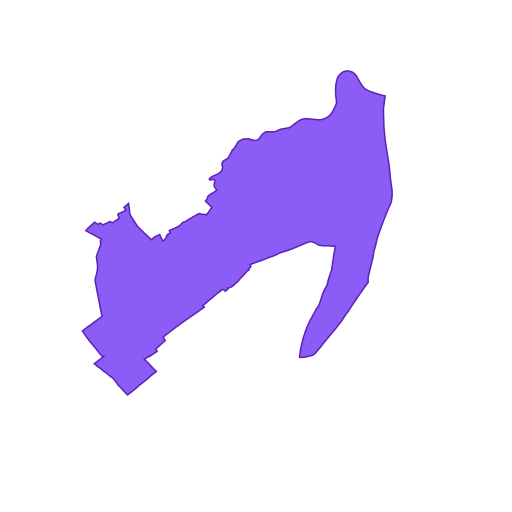 the district of Tra Vinh, Trà Vinh, Vietnam, rotated 58°
{"feature_id": "81297802B52504001228047", "entity_name": "Tra Vinh", "entity_type": "district", "adm_level": 2, "iso_a3": "VNM", "parent_name": "Vietnam", "parent_adm1": "Trà Vinh", "projection": "natural_earth1", "projection_center": [106.333, 9.952], "detail": "fine", "context": "isolated", "style": "filled", "palette": "violet", "viewbox_px": 512, "rotation_deg": 58, "n_neighbors": 0, "source": "geoboundaries", "source_scale": "gbopen_adm2", "svg_char_len": 5783}
<svg xmlns="http://www.w3.org/2000/svg" viewBox="0 0 512 512"><g transform="rotate(58 256 256)"><path d="M153.4,219.7L153.9,220.3L154.9,222.0L156.6,224.9L157.3,226.1L157.9,227.4L158.2,228.7L158.3,230.4L158.1,231.9L158.1,232.8L158.4,233.8L158.6,234.7L159.5,235.8L160.4,236.4L161.6,236.8L162.6,237.0L163.2,237.3L164.2,238.3L165.2,239.3L165.7,240.6L166.0,242.0L166.3,244.2L166.2,245.3L166.0,246.9L165.8,248.0L165.4,250.5L165.4,251.9L165.4,252.8L165.6,254.1L166.0,254.8L166.4,255.0L166.7,255.0L167.2,254.7L167.5,254.1L167.7,253.5L168.0,252.7L168.4,251.7L168.7,251.1L169.1,251.0L170.0,251.0L170.9,251.5L172.1,252.6L173.2,253.6L174.0,254.1L174.7,254.3L175.2,254.5L175.8,254.5L176.8,254.5L177.7,254.4L178.9,254.3L179.2,254.3L179.5,255.9L179.6,259.2L179.5,261.3L179.8,264.8L179.9,265.4L180.5,266.0L181.1,266.3L181.5,267.0L182.1,268.3L182.4,269.4L182.7,269.7L184.0,269.5L187.0,268.7L188.7,268.2L190.5,267.9L191.4,267.7L191.7,268.1L192.0,269.2L192.5,270.6L193.1,271.7L193.6,272.8L194.0,273.9L194.3,275.0L194.8,276.2L193.8,277.2L192.6,278.9L191.3,280.5L190.1,281.5L189.8,282.3L189.4,289.4L189.3,296.0L189.4,297.0L188.7,300.2L189.5,303.6L189.8,305.2L189.4,309.8L188.5,316.0L191.1,316.8L190.8,319.6L191.5,319.8L191.5,321.4L192.6,321.7L193.4,324.4L193.8,324.9L194.1,327.1L192.5,327.0L186.8,326.3L186.2,330.4L186.2,332.8L186.9,336.0L179.1,338.1L177.0,338.7L174.1,339.3L170.4,340.2L167.8,340.8L159.1,340.9L157.6,341.0L153.7,340.8L147.7,337.9L144.9,336.7L143.9,336.2L144.1,337.6L144.8,342.2L148.3,342.0L147.6,347.9L147.4,349.1L147.4,349.6L147.3,350.4L147.3,350.8L147.5,351.2L147.7,351.3L147.8,351.3L148.5,351.5L148.9,351.6L149.8,351.6L150.8,351.5L151.3,351.6L151.5,353.2L151.7,357.2L151.9,359.8L150.7,360.7L149.8,361.2L149.3,361.6L149.2,363.7L149.1,365.0L148.7,367.7L148.5,369.3L147.9,369.6L145.5,370.6L145.4,373.1L143.6,374.2L141.8,375.0L142.5,378.5L142.7,379.9L143.5,384.5L144.4,386.9L152.5,382.2L159.8,378.2L161.0,380.2L161.8,380.7L162.5,380.8L163.0,380.8L163.4,380.7L163.8,381.5L166.3,384.5L169.0,388.2L169.2,388.4L170.6,390.2L172.1,391.8L173.7,392.5L174.2,392.7L177.5,394.2L180.0,395.4L182.5,396.9L186.2,400.1L187.5,401.5L188.8,403.1L191.4,405.4L196.1,407.3L203.3,410.1L210.8,412.9L216.8,415.3L223.8,417.9L224.6,418.1L225.6,418.5L226.1,424.7L227.2,439.5L227.5,443.0L233.8,442.7L234.0,442.7L240.5,442.2L243.5,441.7L243.9,441.6L246.8,441.3L250.4,440.8L251.9,440.6L254.2,440.5L256.9,440.1L259.0,439.7L260.4,438.3L261.7,450.3L264.0,449.4L265.6,449.0L268.5,447.7L270.4,447.1L270.7,446.9L272.4,446.4L277.7,444.3L278.1,444.2L279.2,443.9L285.1,441.7L285.3,441.7L287.4,441.6L289.5,441.4L291.6,441.4L292.7,441.3L297.3,440.2L299.4,439.9L303.7,439.0L305.5,438.7L305.8,438.5L305.3,433.8L304.7,428.5L303.8,423.4L303.3,418.3L302.7,413.3L302.2,410.8L301.8,407.8L301.4,404.6L301.3,402.2L301.0,401.7L298.2,402.4L289.2,404.2L287.3,404.7L284.3,405.4L284.4,402.9L284.0,400.3L284.8,400.1L284.7,397.0L284.5,391.4L284.4,390.3L281.8,390.4L281.1,386.4L280.1,381.0L279.7,377.8L275.9,377.8L275.5,376.8L275.2,374.7L274.7,368.8L274.0,362.6L273.6,356.8L273.5,354.6L273.3,352.8L273.2,352.0L273.2,350.6L272.4,334.2L272.1,328.5L271.9,326.9L270.2,327.4L269.9,327.4L269.3,322.6L268.8,320.0L268.3,315.7L267.5,311.0L267.2,308.8L267.0,305.5L266.6,302.1L267.1,301.6L268.0,301.1L269.1,300.9L269.6,300.7L269.5,300.0L269.3,297.6L268.2,297.4L268.7,296.0L269.2,293.2L269.0,290.6L268.6,288.7L267.8,284.4L266.9,281.4L266.4,279.4L265.2,275.1L264.0,271.0L263.8,270.4L264.2,270.0L264.2,269.6L264.0,269.1L263.7,268.9L263.2,269.0L262.9,268.4L262.5,266.6L262.3,265.9L260.6,265.8L260.2,265.7L261.2,260.3L261.5,259.0L262.6,253.9L263.4,250.4L263.6,248.3L264.5,244.0L264.9,242.6L265.6,239.0L265.8,237.0L265.9,234.9L266.4,232.8L266.7,231.5L267.6,228.1L268.1,226.1L269.2,221.0L269.9,216.5L270.0,215.3L270.8,210.9L270.9,210.1L271.7,205.2L272.7,202.2L273.9,200.7L275.0,199.9L276.9,198.6L279.4,197.4L280.9,196.2L282.0,194.8L283.9,192.2L285.5,189.5L289.1,184.7L289.8,183.5L295.7,189.0L301.8,194.1L307.9,199.3L314.3,207.1L318.2,211.0L320.6,215.3L323.4,219.6L325.8,222.3L329.8,227.1L331.0,228.7L331.8,230.4L332.8,232.7L336.6,239.4L339.2,244.1L343.6,250.8L347.1,255.2L350.6,259.5L354.9,263.9L358.8,267.7L360.9,269.4L362.7,270.9L364.9,272.8L365.0,272.8L366.6,270.4L367.4,268.6L368.5,265.9L370.2,260.6L370.1,257.8L369.3,255.4L367.7,250.2L366.1,245.9L365.7,244.9L359.9,227.3L358.2,222.8L356.6,218.0L355.4,215.6L353.2,210.9L351.7,206.7L350.4,204.2L346.0,194.5L341.8,184.8L338.2,176.0L337.9,174.9L336.0,173.8L333.4,172.1L328.0,166.6L324.8,163.4L320.2,158.5L315.0,154.0L310.9,149.5L304.2,142.7L292.7,127.9L287.7,121.0L287.5,120.8L284.4,116.3L283.3,114.6L282.6,113.6L282.0,112.7L277.6,109.0L273.5,106.4L269.9,104.6L264.0,102.1L250.5,95.4L233.7,88.3L233.4,88.1L226.6,85.3L214.6,79.3L198.8,70.0L188.7,61.7L185.5,64.8L182.0,67.9L178.6,70.7L175.3,73.2L172.5,74.7L170.1,75.5L166.4,75.8L159.9,75.6L157.2,75.4L155.2,75.5L151.8,76.4L149.2,78.3L147.8,80.0L146.6,82.1L146.1,84.0L146.1,86.8L146.5,89.1L148.0,92.3L149.7,94.3L152.6,97.1L156.8,100.2L161.7,103.1L165.3,104.8L167.9,106.0L169.0,106.8L170.4,108.5L172.1,111.1L173.0,112.7L173.3,112.7L174.5,115.4L175.3,117.4L175.9,119.0L176.0,120.4L176.1,122.1L176.0,124.5L175.3,127.2L174.7,129.1L173.6,130.8L170.7,134.7L167.1,139.3L165.8,141.0L164.5,144.2L164.1,147.2L164.2,149.9L164.3,152.1L164.6,155.6L164.9,157.4L164.9,159.0L164.5,160.7L163.8,162.2L162.9,164.6L162.2,166.2L161.7,167.4L161.2,169.9L160.9,172.9L160.6,174.2L160.0,175.3L159.1,176.8L158.0,178.5L157.1,179.7L156.1,181.5L155.9,182.4L155.9,183.4L156.0,185.6L156.7,187.7L157.5,189.4L158.1,191.5L158.3,192.6L158.3,194.0L157.9,195.2L156.5,196.7L155.0,198.2L153.3,199.6L152.3,200.9L150.8,203.3L150.0,205.3L149.8,207.1L149.6,209.5L149.9,211.2L150.9,213.0L151.8,214.6L152.8,216.7L153.3,217.9L153.5,219.0L153.4,219.7Z" fill="#8b5cf6" stroke="#5b21b6" stroke-width="1.5"/></g></svg>